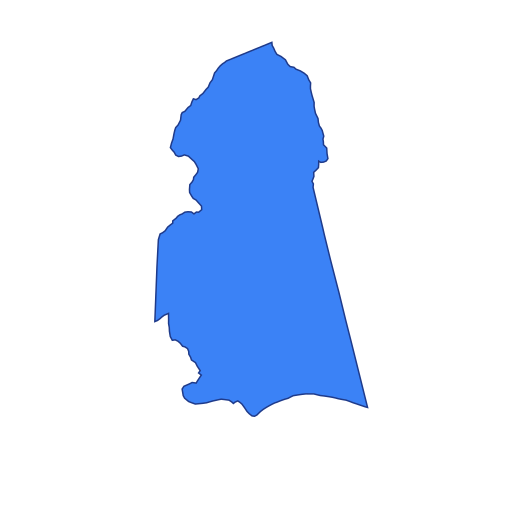 Paulino Neves, Maranhão, Brazil (Robinson projection), rotated 152°
{"feature_id": "56859067B76832031221726", "entity_name": "Paulino Neves", "entity_type": "district", "adm_level": 2, "iso_a3": "BRA", "parent_name": "Brazil", "parent_adm1": "Maranhão", "projection": "robinson", "projection_center": [-42.596, -2.843], "detail": "fine", "context": "isolated", "style": "filled", "palette": "blue", "viewbox_px": 512, "rotation_deg": 152, "n_neighbors": 0, "source": "geoboundaries", "source_scale": "gbopen_adm2", "svg_char_len": 2883}
<svg xmlns="http://www.w3.org/2000/svg" viewBox="0 0 512 512"><g transform="rotate(152 256 256)"><path d="M141.7,437.2L190.6,442.1L192.8,441.6L195.3,441.4L198.3,440.7L201.3,439.5L203.9,438.1L206.6,437.1L211.8,432.1L215.3,430.5L218.9,427.5L222.0,426.5L226.6,424.4L230.3,423.8L232.3,422.4L235.5,422.2L237.5,424.2L240.2,422.2L243.0,419.5L246.3,419.0L251.0,417.1L253.8,417.3L255.7,415.9L258.9,411.3L263.4,408.2L266.6,407.1L268.7,405.1L271.3,402.1L274.3,398.3L277.6,395.3L280.7,391.9L280.2,388.7L279.5,386.0L279.5,382.8L277.7,380.2L274.9,379.2L271.8,378.9L268.8,375.9L267.4,371.8L266.1,368.3L265.9,365.1L266.0,360.1L268.3,357.3L271.0,356.0L274.0,354.8L275.4,352.8L277.6,351.4L280.9,350.1L283.5,346.0L284.8,343.2L284.7,339.3L284.4,336.3L282.7,333.7L281.7,329.6L280.7,325.7L282.2,322.4L286.1,321.6L288.0,322.8L291.0,322.3L292.4,325.2L295.3,327.0L298.2,328.1L301.6,327.8L303.7,328.1L306.6,327.8L308.6,326.9L313.0,326.1L314.1,324.1L317.3,323.6L320.4,323.0L324.4,320.9L327.5,320.4L330.3,320.5L334.5,316.3L348.2,293.5L376.1,245.6L373.3,245.3L370.4,245.7L368.1,246.3L364.9,246.8L360.2,246.4L363.0,240.9L364.9,237.4L366.1,233.7L367.8,230.1L369.5,225.1L369.5,220.9L366.7,219.9L364.9,217.4L363.8,214.5L363.2,210.8L361.4,209.1L359.9,206.4L360.2,203.4L361.4,200.8L361.3,197.2L361.8,194.5L359.5,190.3L359.6,186.1L359.1,181.0L361.6,179.7L360.2,176.5L362.7,175.2L366.0,173.4L368.5,171.9L371.8,174.3L374.2,174.3L380.8,174.8L383.7,173.2L385.8,166.9L385.8,164.0L383.8,159.1L382.0,157.0L379.1,153.8L372.6,151.1L368.5,149.6L366.0,149.1L362.3,148.3L359.4,147.5L356.5,146.7L353.9,145.9L351.3,144.1L347.5,141.4L346.0,138.6L345.2,136.4L343.1,136.8L340.1,136.6L338.8,134.1L337.9,131.7L337.3,127.2L336.9,123.0L336.0,119.9L334.6,116.7L332.5,115.2L329.8,115.2L327.5,115.9L325.0,116.6L321.6,117.2L317.7,117.5L314.4,117.6L311.4,117.6L308.5,117.5L306.2,117.1L303.1,116.8L300.1,116.4L297.7,116.0L294.5,115.3L291.5,115.3L288.7,115.2L284.0,113.6L280.1,112.2L276.6,110.8L273.0,108.8L269.6,107.0L267.3,104.9L264.7,102.6L261.5,100.4L257.6,97.5L255.0,95.5L252.3,93.2L250.5,91.5L247.3,88.9L244.2,86.5L241.6,83.7L239.3,81.0L236.6,78.2L233.8,75.2L230.4,71.6L228.6,69.9L212.5,134.5L206.9,157.4L199.9,184.9L198.6,190.4L192.0,217.8L185.6,243.1L183.9,249.4L173.4,289.8L171.5,292.7L171.5,295.7L169.3,297.5L167.5,299.1L165.8,302.8L162.4,303.7L159.4,304.7L157.8,307.2L156.1,310.3L154.9,308.3L152.3,307.2L149.4,306.9L146.8,308.2L145.2,313.1L142.9,318.1L144.2,322.5L142.9,325.2L142.0,327.8L139.9,330.0L139.2,333.2L138.6,335.7L138.6,338.5L139.0,340.9L138.2,344.6L136.7,348.3L136.6,351.6L136.5,354.1L135.3,358.3L134.4,361.0L132.6,364.3L131.1,371.7L130.3,374.9L129.4,378.1L128.2,380.4L126.5,383.2L126.7,386.8L126.2,391.1L127.6,394.7L130.0,398.7L133.0,402.2L133.9,404.8L136.9,407.2L137.9,410.3L137.9,415.4L140.2,420.4L142.9,424.2L143.1,427.8L142.8,431.4L142.9,434.3L141.7,437.2Z" fill="#3b82f6" stroke="#1e3a8a" stroke-width="1.5"/></g></svg>